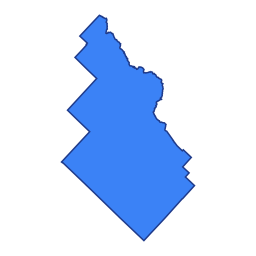 the district of Bragado, Buenos Aires, Argentina
{"feature_id": "61730980B17981427769766", "entity_name": "Bragado", "entity_type": "district", "adm_level": 2, "iso_a3": "ARG", "parent_name": "Argentina", "parent_adm1": "Buenos Aires", "projection": "natural_earth1", "projection_center": [-60.56, -35.028], "detail": "fine", "context": "isolated", "style": "filled", "palette": "blue", "viewbox_px": 256, "rotation_deg": 0, "n_neighbors": 0, "source": "geoboundaries", "source_scale": "gbopen_adm2", "svg_char_len": 5470}
<svg xmlns="http://www.w3.org/2000/svg" viewBox="0 0 256 256"><path d="M143.9,240.6L150.3,233.7L165.1,217.9L182.2,198.8L182.5,198.8L194.5,185.6L185.4,177.0L189.1,172.9L182.7,166.9L191.3,157.4L183.3,149.8L182.3,150.8L177.0,145.7L174.5,142.3L174.3,142.4L173.3,140.4L173.0,140.5L172.3,139.1L166.7,131.2L165.7,130.8L165.4,130.6L165.0,130.2L164.9,129.7L165.0,129.1L165.1,128.7L165.3,128.0L165.3,127.6L165.5,126.9L165.6,126.5L165.6,126.0L165.7,125.5L165.7,125.2L165.9,124.8L166.0,124.4L165.2,123.8L164.6,123.0L164.3,122.8L163.3,122.8L162.8,122.7L162.5,122.6L161.7,122.2L161.3,122.1L160.7,122.4L160.3,122.3L160.0,122.1L159.8,121.9L159.7,121.6L159.6,121.2L159.4,120.8L159.2,120.8L158.9,120.7L158.7,120.7L158.3,120.2L157.9,119.9L157.6,119.8L157.3,119.6L157.2,119.4L157.1,119.2L156.7,119.0L156.5,118.7L156.2,118.2L155.9,117.6L155.7,117.3L155.7,117.0L155.3,116.6L155.1,116.3L155.1,115.9L154.9,115.8L154.6,115.2L154.4,114.9L154.3,114.5L153.9,114.0L153.8,113.4L153.6,113.0L153.5,112.6L153.4,112.3L153.2,112.1L153.4,111.8L154.1,111.3L154.1,111.0L154.1,110.6L154.4,110.0L154.5,109.8L154.6,109.4L154.7,109.0L154.5,108.7L154.5,108.3L154.7,108.1L155.1,108.1L155.4,107.6L155.9,107.2L156.0,106.7L156.2,106.4L155.9,105.9L155.8,105.6L156.2,105.2L156.6,104.9L156.8,104.7L156.8,104.0L156.5,103.8L156.4,103.6L156.5,103.4L156.6,103.1L156.3,102.5L156.3,102.2L156.6,101.8L157.0,101.5L157.4,101.3L157.8,101.3L158.0,101.2L158.2,100.8L158.4,100.6L158.6,100.6L159.1,100.5L159.9,99.9L160.3,99.6L160.7,99.5L161.1,99.5L161.3,99.5L161.6,99.3L161.5,99.1L160.7,98.6L160.4,98.7L160.4,98.2L160.6,98.1L160.9,97.8L161.0,97.5L161.2,97.3L161.6,97.1L161.8,96.9L161.8,96.5L161.9,96.2L162.2,95.6L162.2,95.3L162.1,94.4L162.1,94.2L162.4,93.8L162.4,93.0L162.3,92.7L162.4,92.0L162.6,91.4L162.7,91.0L162.6,90.6L162.5,90.3L162.6,89.7L162.9,89.5L162.9,89.3L163.0,88.9L163.1,88.6L163.0,88.3L163.0,88.0L162.9,87.7L162.8,87.3L162.7,87.0L162.8,86.5L162.7,86.3L162.4,85.9L162.3,85.7L162.3,85.2L162.4,84.7L162.9,83.8L162.3,83.6L161.9,83.4L161.8,82.8L161.5,82.5L161.3,82.5L161.2,82.3L161.3,82.1L161.4,81.9L161.3,81.3L161.5,81.2L161.6,80.9L161.7,80.4L161.6,80.1L161.5,79.7L161.2,79.4L161.0,79.2L160.7,79.1L160.3,79.1L160.1,79.0L159.7,78.6L159.2,78.4L158.9,78.4L158.7,78.2L158.6,77.8L158.5,77.6L158.2,77.4L157.9,77.3L157.5,77.4L157.1,77.3L157.0,77.0L156.2,76.2L156.1,75.5L155.6,74.7L155.2,74.4L154.7,74.4L154.5,74.2L154.2,73.6L153.8,73.8L153.3,73.9L152.9,73.8L152.6,73.3L152.6,72.9L152.6,72.4L151.9,72.0L151.0,71.9L150.8,71.7L150.3,72.2L149.9,72.1L149.4,71.9L149.0,72.0L148.7,72.3L148.3,72.5L146.9,72.7L146.1,72.9L145.8,73.0L145.5,72.9L145.2,72.7L144.4,72.7L144.0,72.9L143.7,72.8L143.6,72.5L143.5,71.5L143.5,71.4L143.4,71.0L143.7,70.3L143.9,70.0L144.0,69.5L143.8,69.2L143.4,69.0L143.3,68.7L142.8,68.2L142.7,67.9L142.4,67.8L141.7,67.4L141.2,67.3L141.0,67.1L140.4,67.0L139.9,67.2L139.6,67.1L139.2,66.9L138.9,67.0L138.8,67.3L138.3,68.0L138.0,68.4L137.6,69.0L137.2,69.2L136.7,69.3L136.5,68.9L136.3,68.6L135.7,68.0L135.4,67.9L135.0,68.1L134.7,68.0L134.7,67.7L134.2,67.5L133.9,67.4L133.7,67.5L133.3,67.4L133.4,67.1L133.8,66.9L134.1,66.6L133.7,66.5L133.4,66.5L133.1,66.5L132.8,66.6L132.7,66.4L132.3,66.3L131.9,66.2L131.6,66.0L131.2,65.9L130.9,66.0L130.6,65.9L130.1,65.7L129.8,65.7L129.6,65.3L129.2,64.6L129.2,64.3L129.0,64.0L129.1,63.4L129.2,63.0L129.2,62.6L129.1,62.4L128.5,61.8L128.3,61.5L128.2,61.2L127.8,60.8L127.6,60.6L127.4,60.4L127.4,59.8L127.5,59.6L127.7,59.1L127.7,58.8L127.5,58.6L127.2,58.6L126.8,58.5L126.7,58.2L126.8,57.8L126.6,57.7L126.3,57.6L126.3,57.3L126.4,57.0L126.3,56.7L126.1,56.4L125.8,56.3L125.5,56.1L125.4,55.9L125.4,55.6L125.3,55.2L124.9,54.3L124.9,53.9L124.3,53.5L124.1,53.4L123.9,53.1L124.0,52.8L124.3,52.5L124.3,52.1L124.0,52.1L123.8,52.2L123.7,52.0L123.5,51.7L123.2,51.2L123.1,50.9L122.6,50.6L122.5,50.4L122.2,49.9L121.5,49.3L121.2,49.2L120.8,48.8L120.3,48.8L120.1,48.6L119.9,47.9L119.8,47.6L119.9,47.4L119.9,47.1L120.1,46.9L120.3,46.1L120.4,45.7L120.5,45.1L120.4,44.8L120.2,44.6L120.3,44.4L120.5,44.2L120.6,43.8L120.1,43.6L119.8,43.3L119.5,43.0L119.4,42.4L117.9,41.7L117.6,41.2L117.4,41.1L117.2,40.9L116.7,40.1L116.7,39.8L116.6,39.7L116.4,39.6L116.1,39.7L115.8,39.6L115.3,39.4L115.2,39.3L115.2,39.1L114.9,38.8L114.7,38.5L114.6,38.2L114.5,37.8L114.1,37.1L113.9,36.9L113.8,36.7L113.8,36.3L113.7,36.0L113.6,35.7L113.3,35.3L113.3,34.9L113.2,34.6L112.9,34.2L112.9,33.8L112.8,33.6L112.5,33.5L112.2,33.4L111.8,33.5L111.5,33.4L111.4,33.2L111.2,32.8L110.8,32.4L110.4,32.2L109.7,32.4L109.0,32.7L108.4,32.3L108.1,32.4L108.2,32.7L108.1,32.8L107.7,33.1L107.2,33.3L106.7,33.5L106.2,33.4L105.9,33.1L106.6,29.6L106.8,29.3L106.9,29.2L107.0,29.2L107.3,29.1L107.3,28.8L107.2,28.7L107.1,28.2L107.1,27.8L107.1,27.6L107.1,27.4L107.2,27.0L107.1,26.8L107.3,26.3L107.1,25.6L107.1,25.3L107.1,25.0L107.0,24.3L107.1,24.0L107.2,23.6L107.0,23.3L106.8,23.0L106.7,22.8L106.2,22.3L106.3,22.0L106.4,21.3L106.6,21.1L106.8,20.9L106.8,20.3L106.8,20.1L106.8,19.9L106.8,19.6L106.8,19.3L106.4,18.5L106.3,18.4L106.2,18.3L106.0,18.5L105.8,18.6L105.3,18.7L104.6,18.1L104.1,18.1L103.9,17.8L103.8,17.7L103.2,17.3L102.8,17.4L102.6,17.3L102.7,17.1L102.6,16.9L102.3,16.9L102.0,16.7L101.7,16.3L101.0,16.3L100.8,16.2L100.6,15.9L100.3,15.7L100.0,15.6L99.8,15.5L99.6,15.5L99.4,15.5L99.3,15.4L93.8,21.2L90.6,24.6L79.8,36.1L87.3,43.1L86.2,44.3L86.7,44.8L82.3,49.7L75.0,57.4L88.2,70.4L96.7,78.5L67.5,110.2L77.0,119.5L89.7,131.7L61.5,162.0L62.4,162.7L62.6,162.5L69.1,168.7L90.8,189.5L120.0,217.9L143.9,240.6Z" fill="#3b82f6" stroke="#1e3a8a" stroke-width="1.5"/></svg>